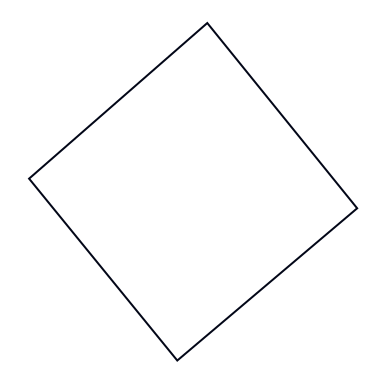 Hockley, Texas, United States of America (orthographic projection), rotated 51°
{"feature_id": "52423323B48286910012363", "entity_name": "Hockley", "entity_type": "district", "adm_level": 2, "iso_a3": "USA", "parent_name": "United States of America", "parent_adm1": "Texas", "projection": "orthographic", "projection_center": [-102.393, 33.607], "detail": "fine", "context": "isolated", "style": "outline", "palette": "ink", "viewbox_px": 384, "rotation_deg": 51, "n_neighbors": 0, "source": "geoboundaries", "source_scale": "gbopen_adm2", "svg_char_len": 220}
<svg xmlns="http://www.w3.org/2000/svg" viewBox="0 0 384 384"><g transform="rotate(51 192 192)"><path d="M79.1,310.2L313.7,309.5L308.6,73.9L70.3,73.8L79.1,310.2Z" fill="none" stroke="#020617" stroke-width="2"/></g></svg>